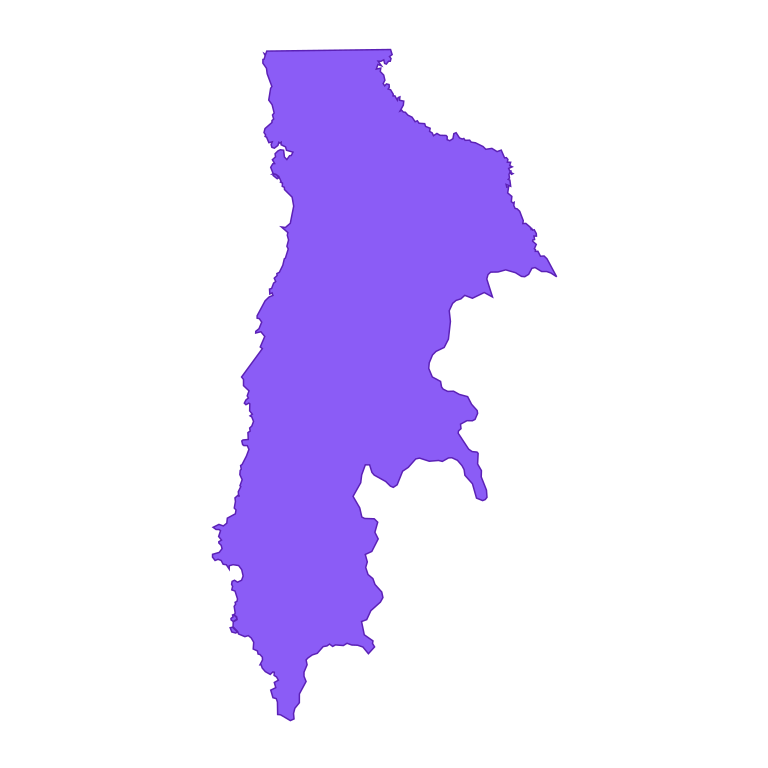 Santa Isabel, Colón, Panama (Albers equal-area conic projection), rotated 269°
{"feature_id": "35544464B42608984184173", "entity_name": "Santa Isabel", "entity_type": "district", "adm_level": 2, "iso_a3": "PAN", "parent_name": "Panama", "parent_adm1": "Colón", "projection": "albers", "projection_center": [-79.323, 9.476], "detail": "fine", "context": "isolated", "style": "filled", "palette": "violet", "viewbox_px": 768, "rotation_deg": 269, "n_neighbors": 0, "source": "geoboundaries", "source_scale": "gbopen_adm2", "svg_char_len": 6138}
<svg xmlns="http://www.w3.org/2000/svg" viewBox="0 0 768 768"><g transform="rotate(269 384 384)"><path d="M718.3,396.4L718.9,272.6L715.5,271.3L716.4,270.0L714.3,270.9L710.9,269.8L710.6,268.6L706.9,268.5L701.7,272.0L696.2,272.6L683.4,277.1L681.6,275.8L669.9,273.7L665.2,277.0L656.9,278.9L654.9,277.2L650.8,278.3L649.4,276.6L647.4,276.5L641.5,269.5L637.5,268.4L635.1,270.0L633.6,269.4L632.8,270.9L627.3,273.1L628.1,276.5L625.3,275.3L622.6,276.0L621.7,278.5L624.4,282.1L627.5,283.1L626.7,284.1L627.5,285.4L625.0,285.3L622.8,289.7L619.4,290.6L617.4,297.0L614.1,295.3L613.9,293.6L610.1,290.8L612.7,288.4L619.5,287.7L620.0,284.4L618.9,282.0L616.1,279.1L613.0,279.5L610.2,276.3L606.3,278.5L606.1,276.6L602.6,274.5L596.4,276.8L595.9,276.1L596.0,278.0L595.5,279.7L593.4,282.4L588.4,284.6L587.7,284.0L586.6,286.0L583.4,285.7L582.4,287.8L580.1,287.9L572.4,295.4L563.4,296.8L546.3,293.1L542.2,288.1L542.8,284.2L537.1,290.5L534.4,289.9L529.7,291.1L523.4,289.3L520.7,290.6L511.6,287.6L510.9,286.5L504.5,284.9L497.5,281.3L496.3,278.8L494.3,279.0L491.7,276.1L488.3,277.5L486.8,275.4L481.5,273.3L480.9,271.2L476.0,271.4L477.1,273.7L474.5,274.5L473.0,270.6L469.3,266.6L454.4,258.3L452.0,258.3L451.5,260.5L448.0,262.8L441.5,260.0L438.9,256.7L437.2,256.6L438.4,261.8L433.6,265.6L423.2,260.9L421.5,263.0L393.5,241.7L391.0,243.6L384.8,243.5L379.5,248.9L374.5,247.0L372.4,248.2L370.5,245.7L367.3,244.0L365.7,245.6L367.2,248.5L366.5,249.5L359.5,249.2L356.1,251.8L354.5,249.5L353.4,251.2L348.9,252.9L344.3,251.1L342.3,248.9L339.3,249.4L337.8,247.1L330.9,247.3L330.5,242.0L329.5,240.8L325.9,241.6L324.9,242.8L324.8,246.2L321.0,247.8L314.4,245.2L306.0,240.7L305.0,239.2L301.3,239.8L300.1,238.7L295.9,238.3L290.8,240.5L284.8,238.2L283.9,239.0L278.8,236.4L274.9,236.7L274.6,237.8L274.4,236.9L275.2,235.9L272.7,233.0L269.0,233.4L262.6,232.1L260.7,233.8L256.8,233.1L252.6,225.0L247.6,224.4L244.9,220.9L246.5,216.5L243.7,210.6L241.5,213.5L241.3,216.7L240.2,218.0L234.4,216.0L230.8,218.8L229.2,216.1L227.9,216.1L225.5,218.4L222.2,219.2L218.5,216.3L216.7,209.6L213.9,209.5L210.5,212.0L211.6,215.0L210.4,218.1L206.6,220.0L206.0,223.2L201.6,226.0L205.0,226.1L206.0,229.9L205.0,235.5L200.8,238.5L194.5,239.8L190.3,238.2L188.4,234.1L190.4,231.1L189.3,228.7L186.4,228.1L184.3,229.1L180.8,228.2L179.6,231.4L171.6,233.8L169.2,233.1L168.3,231.3L166.4,231.8L164.3,230.3L157.6,231.2L155.7,230.2L153.8,232.6L151.0,233.0L148.8,229.1L143.9,228.8L139.0,233.4L136.6,234.2L133.8,240.5L134.8,243.9L132.4,246.8L128.1,249.2L121.3,248.6L119.3,252.8L116.2,253.4L115.7,255.3L113.0,257.6L110.2,257.7L105.4,255.1L105.4,256.2L102.1,257.3L98.5,260.3L95.6,265.2L98.0,267.8L97.7,269.3L94.6,269.0L92.9,271.5L89.7,273.2L87.5,269.1L82.3,270.5L79.9,265.4L72.3,267.5L71.3,270.8L67.8,271.9L55.4,271.9L55.1,274.7L49.1,284.5L50.7,288.2L56.2,287.8L61.3,289.2L66.8,293.8L75.6,294.0L87.9,300.9L93.2,298.9L97.3,299.0L104.6,302.2L109.5,301.3L111.5,303.3L114.4,307.6L115.9,312.6L122.5,318.6L123.1,322.4L124.9,325.0L122.5,328.1L124.0,330.9L123.2,338.8L125.4,342.5L123.6,347.2L123.3,353.0L121.4,358.3L114.6,363.7L121.3,370.0L124.8,368.0L127.3,368.5L133.6,359.9L146.9,357.4L148.7,362.6L157.6,366.9L166.0,376.6L170.5,379.2L176.1,378.1L183.7,371.5L189.6,369.5L193.8,364.7L200.9,362.5L206.4,364.2L213.9,362.3L216.8,368.9L229.2,375.5L235.9,372.3L245.9,375.3L249.4,371.9L249.9,362.3L251.4,359.5L260.5,357.6L272.2,351.1L285.7,359.0L293.5,360.1L303.5,363.9L303.4,368.2L295.8,370.4L293.1,372.6L286.5,384.0L281.8,388.6L280.5,391.5L283.0,395.4L296.5,401.1L300.2,406.8L308.5,414.4L309.3,418.2L306.0,427.9L306.6,437.2L305.6,441.0L309.0,447.3L309.1,450.6L306.4,456.1L301.1,460.5L297.0,462.6L291.3,463.3L282.7,470.7L268.3,474.5L265.7,480.6L266.7,483.2L268.9,485.0L276.1,484.6L289.4,479.6L295.7,479.9L302.4,476.2L313.0,476.9L314.3,475.8L314.9,470.9L317.4,467.5L333.5,457.3L335.8,457.7L338.0,460.2L342.5,459.8L345.9,466.3L345.7,471.7L347.0,474.4L353.0,477.1L355.8,476.7L362.2,471.2L369.9,467.4L372.3,459.1L375.6,453.4L375.5,447.6L377.8,443.1L380.0,441.5L385.6,440.6L390.2,432.4L398.8,429.0L404.4,429.6L412.2,433.0L415.7,436.6L419.5,444.8L427.7,449.2L445.4,451.5L456.1,450.5L463.4,454.0L466.3,457.5L467.8,462.4L471.2,466.3L468.2,473.9L473.7,485.8L469.1,494.0L487.2,488.6L491.6,489.9L494.0,492.6L494.0,499.9L496.0,507.7L493.0,517.4L489.2,523.3L488.8,526.6L491.1,530.5L497.1,533.9L497.8,537.1L493.7,543.6L493.6,548.7L492.0,552.9L488.2,558.5L506.4,549.1L509.2,546.3L509.0,542.7L514.0,540.2L514.0,537.6L515.6,537.8L516.6,536.7L520.9,538.7L524.2,535.1L525.4,535.3L525.8,537.1L529.3,536.5L529.2,539.0L531.8,538.9L535.6,536.9L535.2,535.4L536.9,534.4L536.1,533.8L538.3,532.9L542.1,528.6L542.0,525.6L544.9,526.1L554.3,522.7L556.8,520.2L557.3,518.1L560.2,516.9L563.4,517.3L562.8,516.1L564.1,514.5L569.3,515.1L572.9,511.0L579.2,512.1L578.7,510.2L581.4,509.6L579.5,514.1L585.7,513.4L586.4,511.8L587.8,513.1L591.3,512.6L593.2,513.4L591.4,515.2L592.1,516.6L593.0,514.8L594.8,514.7L595.0,513.4L597.4,512.4L598.9,516.0L600.2,513.5L603.5,514.5L603.6,511.2L606.4,511.8L608.2,510.3L608.0,508.5L615.8,505.3L614.4,501.1L617.7,496.0L616.9,489.9L619.7,487.2L623.6,479.6L624.3,475.4L626.3,473.9L626.2,469.4L628.1,468.1L627.6,466.5L628.7,463.8L634.0,460.5L633.1,458.2L628.1,457.2L626.1,454.0L627.2,451.4L630.2,451.5L631.4,450.4L631.7,444.3L633.6,441.3L631.4,437.8L634.2,436.6L635.8,434.0L638.9,434.6L640.8,430.1L643.6,429.2L644.1,423.6L646.6,421.9L645.7,419.7L650.3,416.7L652.4,412.6L655.3,410.1L655.6,408.0L657.3,406.6L656.6,404.8L662.5,408.2L666.5,408.7L667.4,404.5L670.8,404.9L670.1,403.1L667.5,402.3L671.9,399.9L671.9,398.1L673.6,398.3L678.1,395.7L678.9,393.3L680.7,394.5L683.3,394.3L684.0,391.7L682.1,389.9L684.4,388.4L687.7,390.2L692.9,389.1L696.5,385.7L699.9,386.3L699.0,381.8L703.6,383.5L702.2,387.0L706.9,383.7L706.7,386.5L708.1,389.4L704.5,390.2L703.8,391.9L706.6,394.2L706.6,395.9L709.3,396.7L711.3,395.2L713.2,397.9L718.3,396.4ZM143.0,225.9L138.7,227.5L137.6,231.4L138.6,233.1L143.5,228.3L143.0,225.9ZM152.3,226.9L150.8,227.0L149.2,229.0L151.4,232.8L153.6,232.2L156.1,229.4L155.7,228.5L153.8,229.0L152.3,226.9ZM594.8,280.4L595.9,277.8L594.4,276.8L591.1,280.8L592.0,282.4L594.8,280.4Z" fill="#8b5cf6" stroke="#5b21b6" stroke-width="1.5"/></g></svg>